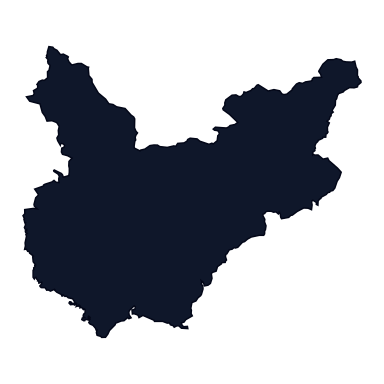 Telciu, Bistrita-Nasaud, Romania (Albers equal-area conic projection)
{"feature_id": "2599482B29024117941085", "entity_name": "Telciu", "entity_type": "district", "adm_level": 2, "iso_a3": "ROU", "parent_name": "Romania", "parent_adm1": "Bistrita-Nasaud", "projection": "albers", "projection_center": [24.422, 47.482], "detail": "fine", "context": "isolated", "style": "filled", "palette": "ink", "viewbox_px": 384, "rotation_deg": 0, "n_neighbors": 0, "source": "geoboundaries", "source_scale": "gbopen_adm2", "svg_char_len": 5812}
<svg xmlns="http://www.w3.org/2000/svg" viewBox="0 0 384 384"><path d="M105.5,337.3L107.8,334.2L109.5,330.5L115.1,324.8L115.6,323.2L121.2,321.0L124.0,320.7L127.6,317.6L128.9,318.7L131.1,317.8L129.1,314.8L128.8,311.9L129.8,310.0L134.2,305.8L135.3,306.8L135.0,309.0L132.0,310.1L132.4,314.0L134.0,313.7L136.9,314.7L138.1,315.3L139.0,317.6L142.9,315.4L153.9,320.2L154.5,321.4L162.7,321.4L167.2,323.1L169.5,323.0L170.4,324.8L173.2,325.7L174.2,327.2L176.9,325.8L178.9,325.9L181.4,328.2L187.8,328.6L187.4,326.4L183.5,326.7L181.3,324.2L181.7,323.9L181.3,322.8L184.0,322.1L185.7,319.7L192.3,315.9L191.1,313.5L191.4,310.3L190.8,308.3L191.9,302.6L195.9,301.0L198.0,297.8L200.6,295.7L201.4,294.5L203.0,289.0L202.8,285.9L201.1,283.8L201.8,282.9L201.2,280.6L203.1,282.1L204.6,285.9L208.0,285.2L210.4,283.4L212.0,278.3L211.3,273.5L212.7,272.3L216.1,271.2L217.5,266.6L221.4,263.9L221.8,262.6L225.2,262.4L225.4,261.3L226.5,260.0L225.5,256.8L225.7,254.4L226.8,253.9L229.3,249.8L232.1,249.2L234.0,247.6L235.4,248.0L237.8,247.3L242.4,242.3L244.6,241.6L247.5,239.1L251.3,237.0L259.3,235.3L263.7,235.3L264.6,233.9L264.7,230.6L265.4,229.9L266.0,225.8L264.5,221.8L264.8,219.3L262.9,215.6L263.0,214.2L264.7,213.5L265.8,211.8L267.7,211.2L271.5,211.3L273.4,212.2L276.0,211.9L278.3,213.9L279.1,211.9L280.3,214.4L280.7,217.2L281.5,218.7L288.7,217.4L290.7,215.4L292.4,215.1L297.1,211.5L303.7,208.0L308.1,208.2L311.5,209.7L312.1,204.9L311.6,202.1L312.2,200.6L312.9,200.2L316.4,202.5L316.3,204.4L317.9,205.2L318.1,201.1L319.4,199.3L320.8,198.5L321.4,197.1L326.2,194.5L327.7,192.7L329.7,192.2L330.0,191.3L332.9,190.5L334.8,188.1L337.1,181.3L339.4,177.7L341.2,172.2L337.5,168.1L329.0,160.7L327.7,158.1L323.0,159.1L318.1,155.0L314.6,155.1L313.1,154.1L312.7,154.6L312.7,152.3L314.9,150.6L314.7,149.4L315.4,148.2L314.8,146.1L315.9,143.3L317.9,141.4L317.9,140.5L322.6,138.3L322.8,137.2L325.7,137.2L326.0,134.0L327.1,133.5L328.0,132.0L327.5,131.0L327.4,127.2L329.3,122.9L327.0,121.2L329.4,119.1L329.8,117.2L331.1,115.8L331.2,113.7L333.2,112.1L332.3,111.0L332.3,110.1L335.3,105.2L335.5,100.1L336.6,98.8L337.4,95.6L338.6,93.6L343.3,91.9L344.4,90.5L349.5,87.6L354.2,87.8L357.1,87.0L357.5,86.8L357.7,85.3L361.0,82.5L360.9,80.9L358.3,78.0L358.1,76.5L357.4,75.7L357.5,69.9L356.0,66.9L354.7,61.2L351.8,62.1L346.1,61.9L342.7,61.2L341.0,59.7L336.2,58.7L333.6,59.6L327.8,59.8L322.9,64.2L318.9,70.9L318.8,71.6L320.6,74.1L321.6,77.3L313.9,77.5L312.2,79.1L312.2,80.4L310.7,81.1L305.5,81.9L302.6,83.4L299.2,82.7L296.5,84.0L292.4,88.7L292.0,90.0L286.7,94.2L283.8,94.6L281.9,93.9L279.7,90.8L273.9,89.6L268.2,91.0L258.2,84.7L256.8,85.3L254.3,88.4L252.6,88.7L250.9,90.5L246.1,92.5L244.0,91.9L243.4,94.0L241.3,96.3L239.0,96.6L236.0,94.9L232.0,95.2L225.8,99.8L224.8,102.8L224.9,105.3L222.8,108.4L223.2,109.8L229.5,114.4L237.8,122.4L234.9,124.5L230.1,125.5L228.6,127.0L226.4,128.0L215.4,127.2L213.2,129.1L214.5,130.2L217.8,130.7L219.3,132.9L219.0,134.5L217.8,135.7L217.2,140.7L213.2,144.0L211.9,143.2L209.0,144.3L199.8,141.2L197.1,138.9L190.1,138.2L187.7,139.5L187.0,141.1L184.1,142.9L177.7,143.4L175.8,146.3L173.8,145.9L167.3,147.4L159.8,146.6L157.5,145.1L153.9,145.0L149.9,145.6L144.9,149.1L140.6,150.1L140.0,150.9L134.4,148.1L134.1,146.4L134.8,141.3L135.7,140.0L135.2,137.5L135.8,135.4L137.5,132.9L136.0,131.3L134.5,127.8L134.7,118.9L133.7,117.0L131.1,115.1L125.1,108.5L116.6,106.8L113.0,104.5L108.9,103.8L105.6,99.1L98.4,93.1L92.1,82.5L92.0,79.3L88.9,75.6L88.3,68.4L88.6,67.2L87.0,66.9L81.4,63.5L77.9,63.5L71.8,65.0L69.0,61.9L67.6,58.8L68.3,56.9L67.6,56.3L63.3,54.1L60.5,54.7L57.0,50.3L54.0,48.7L52.8,47.2L48.9,46.6L47.4,51.7L47.3,54.0L46.5,55.7L47.1,56.5L46.2,57.5L48.1,59.7L47.7,61.2L48.0,63.2L50.1,65.5L49.0,70.3L47.5,71.7L47.6,77.8L44.3,80.4L42.3,80.1L39.0,81.5L36.9,84.5L37.8,85.5L37.5,88.3L33.5,90.6L34.2,93.5L33.2,95.5L26.5,96.8L29.7,101.2L40.0,103.9L42.3,112.4L45.3,116.6L47.0,121.1L52.0,120.7L56.4,122.4L57.3,123.3L59.2,126.5L58.3,130.5L58.7,134.9L56.9,138.0L57.7,140.7L60.3,145.2L60.6,143.9L61.4,143.4L63.4,144.0L64.6,145.2L63.9,147.4L61.8,148.1L61.4,152.0L62.5,154.3L67.6,155.7L72.0,158.1L69.0,161.4L68.8,165.9L69.3,168.3L69.3,172.3L68.8,175.6L63.3,177.2L62.5,174.8L61.4,173.5L54.3,170.0L53.7,170.5L53.9,171.4L58.0,174.0L59.3,176.1L58.7,178.9L59.0,182.5L55.9,182.2L54.0,180.4L51.9,182.0L45.0,184.2L43.6,185.0L43.5,186.0L34.7,189.1L38.2,194.2L38.2,195.3L35.7,197.8L34.0,204.4L34.3,206.0L37.2,208.9L33.5,208.4L24.7,209.6L24.8,213.7L23.0,215.7L24.5,218.8L23.9,219.2L24.8,222.6L25.6,222.6L25.2,223.7L25.6,224.8L24.4,227.5L25.2,229.2L26.6,229.4L26.1,230.0L26.6,230.6L25.4,230.8L25.4,231.8L26.0,233.0L27.1,233.4L25.9,234.6L26.5,236.1L25.1,242.9L25.4,245.9L24.6,249.4L26.4,249.1L27.7,251.3L29.1,251.3L29.6,253.1L33.4,256.1L32.7,256.7L33.2,261.8L35.6,264.9L34.7,265.3L35.0,266.7L33.7,267.8L33.8,269.7L33.1,270.2L33.1,277.3L34.3,279.0L35.0,277.5L36.0,277.4L36.5,278.9L37.9,280.1L37.6,280.9L38.7,281.2L38.9,283.1L41.7,282.3L41.7,284.0L39.9,285.7L40.0,286.4L41.2,287.6L45.1,287.7L46.7,290.2L48.3,290.0L50.5,291.1L54.4,289.3L54.9,289.7L54.6,290.2L56.8,292.2L61.2,294.4L62.0,296.1L62.5,296.0L62.3,294.8L63.1,294.8L64.9,296.4L66.5,296.2L68.3,297.8L72.6,298.7L75.0,302.5L76.6,303.5L76.4,304.5L74.7,303.4L71.3,303.1L71.3,302.2L70.5,301.8L69.7,301.8L69.8,302.4L69.0,303.0L70.5,304.7L73.4,304.4L74.8,305.1L75.6,304.5L77.0,305.3L76.3,306.5L78.3,305.9L79.8,307.0L78.4,305.7L78.9,304.9L80.3,306.2L80.1,307.8L81.0,307.4L83.1,308.5L82.8,308.9L83.4,309.6L84.5,309.0L85.0,309.5L85.2,312.7L83.6,314.2L83.2,315.7L83.3,316.7L84.4,317.4L82.3,318.0L81.8,319.6L83.9,320.8L84.9,320.6L85.0,319.7L85.7,319.3L88.5,320.0L88.2,317.0L88.6,316.2L89.3,316.5L90.1,317.7L89.6,318.1L90.0,319.3L89.2,320.2L89.4,321.5L88.8,322.6L90.0,324.0L93.0,325.3L95.4,328.1L96.3,330.3L97.0,330.2L96.4,332.7L97.1,335.3L100.8,336.4L101.6,337.4L105.5,337.3Z" fill="#0f172a" stroke="#020617" stroke-width="1.5"/></svg>